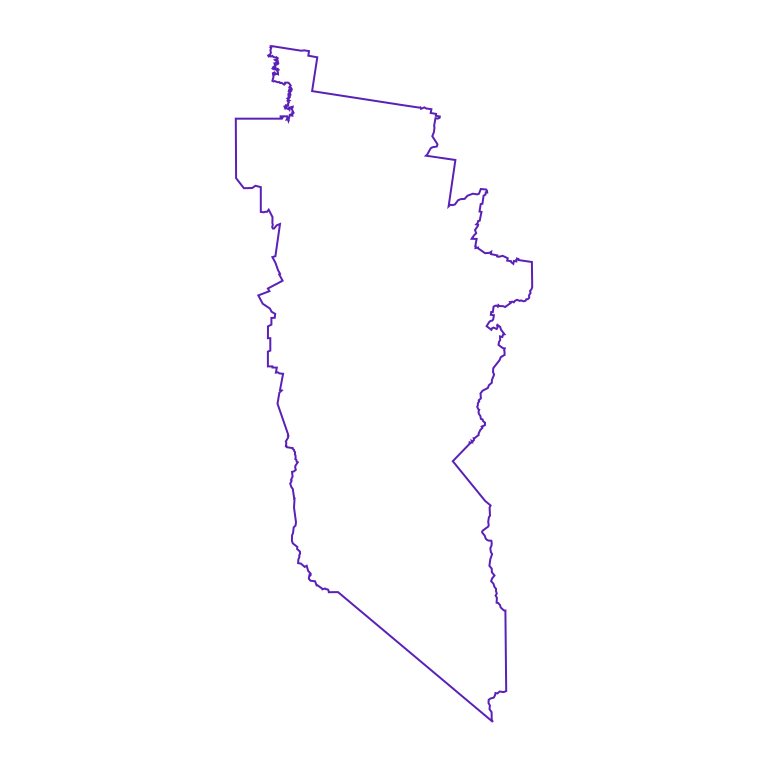 Wangaratta, Victoria, Australia
{"feature_id": "25037944B46502413321481", "entity_name": "Wangaratta", "entity_type": "district", "adm_level": 2, "iso_a3": "AUS", "parent_name": "Australia", "parent_adm1": "Victoria", "projection": "natural_earth1", "projection_center": [146.471, -36.616], "detail": "fine", "context": "isolated", "style": "outline", "palette": "violet", "viewbox_px": 768, "rotation_deg": 0, "n_neighbors": 0, "source": "geoboundaries", "source_scale": "gbopen_adm2", "svg_char_len": 6031}
<svg xmlns="http://www.w3.org/2000/svg" viewBox="0 0 768 768"><path d="M532.2,287.1L531.9,262.0L518.7,260.1L518.6,259.1L517.1,258.6L517.2,259.4L516.2,259.9L516.3,261.4L513.9,261.0L513.3,263.8L511.2,262.1L511.0,261.2L507.2,260.6L507.7,258.2L502.6,255.8L499.0,256.8L497.1,256.4L497.3,255.4L490.9,254.1L491.2,251.8L489.7,252.8L485.1,253.2L477.9,248.2L478.0,247.6L475.5,248.1L475.7,246.2L475.3,246.1L476.6,238.9L471.7,238.8L472.1,238.0L472.9,237.9L472.8,237.1L474.0,235.4L476.2,233.2L475.0,230.0L477.8,226.1L478.1,224.8L476.3,224.4L477.7,222.9L478.2,221.0L479.7,220.7L481.5,211.9L479.5,211.5L480.7,204.1L482.4,203.8L483.6,195.6L485.4,194.7L485.8,192.3L487.2,192.5L487.0,190.8L486.2,189.5L480.8,189.0L479.0,193.7L477.2,194.4L472.9,193.7L467.5,195.7L464.6,198.9L460.9,199.1L458.1,200.2L454.9,204.5L452.4,205.1L450.3,204.8L448.6,206.4L455.4,160.0L426.0,155.7L427.2,154.6L430.7,148.3L432.3,147.3L436.8,146.5L437.5,144.3L432.3,136.2L433.9,132.1L434.5,127.7L434.1,125.9L435.5,118.2L437.8,118.6L439.6,117.8L439.8,116.5L435.8,115.8L436.1,113.9L430.7,113.0L431.4,109.2L426.3,108.5L424.4,107.4L421.0,108.8L420.4,107.3L419.2,107.6L401.8,105.0L312.1,91.1L317.3,57.3L308.3,55.7L309.0,51.1L304.4,50.4L301.0,50.7L271.8,46.1L271.1,46.1L271.5,46.7L270.5,47.3L271.2,47.9L270.4,50.1L270.9,52.9L269.9,54.6L268.2,55.5L268.8,56.5L270.3,55.7L271.0,56.5L272.4,55.9L273.3,56.9L275.6,57.6L276.4,57.2L277.7,58.2L276.6,59.7L275.1,60.0L276.7,61.3L277.5,60.1L278.3,63.4L277.7,64.1L276.2,62.9L275.1,63.2L276.4,64.0L276.2,64.7L274.8,64.7L275.4,66.8L273.5,66.8L272.5,68.5L273.0,68.8L273.1,68.1L274.2,68.1L274.8,69.2L275.7,68.6L276.1,69.5L277.7,68.8L278.5,69.7L276.8,70.3L277.9,71.9L278.0,74.2L277.0,73.7L275.0,74.5L275.4,73.5L274.5,72.4L272.9,73.2L273.5,76.8L272.4,80.9L273.6,81.5L274.8,81.1L277.5,82.2L279.5,82.1L280.1,83.0L281.8,82.9L284.2,84.6L284.8,84.2L285.1,82.7L288.0,82.6L289.1,83.3L290.7,85.6L289.5,87.1L290.8,87.6L291.8,89.2L291.3,90.6L289.4,89.3L288.7,91.2L290.2,92.0L290.0,93.4L290.5,94.8L290.0,95.1L288.8,93.5L288.4,94.0L288.5,95.8L289.5,95.4L289.9,97.0L287.6,98.4L288.7,99.0L287.8,100.3L289.2,100.7L288.0,101.5L288.8,102.4L288.0,103.8L288.2,105.1L286.8,106.3L286.8,105.4L286.1,105.2L286.0,106.2L284.5,106.5L285.3,108.6L286.8,108.2L288.2,109.1L288.9,107.9L289.6,109.3L290.0,107.5L292.7,106.7L292.6,107.6L291.5,108.4L293.4,112.5L292.5,112.6L293.0,113.4L292.7,113.7L291.1,114.3L292.4,115.2L292.4,115.7L289.7,115.1L288.9,118.5L288.2,119.0L288.8,120.2L288.5,121.0L288.0,119.5L286.7,119.6L287.3,118.5L287.1,116.3L280.6,116.3L280.6,117.8L282.4,117.9L281.9,118.7L235.8,118.7L236.1,178.2L243.9,188.2L252.2,188.0L255.4,185.8L260.8,187.1L260.8,211.9L264.0,212.3L265.0,211.8L267.1,211.8L268.7,209.7L272.5,217.1L272.4,223.1L272.8,224.9L272.2,227.1L272.9,228.5L274.1,228.5L276.7,225.3L280.0,224.0L275.4,256.2L272.4,257.1L275.4,262.7L278.1,270.3L280.1,273.9L279.2,274.4L282.6,280.7L267.9,288.5L269.4,291.2L258.3,295.4L262.7,303.7L270.0,308.6L271.5,311.7L275.2,313.9L274.7,317.8L271.4,317.9L271.4,324.6L268.0,326.4L267.9,338.2L270.3,338.2L270.3,350.6L267.9,351.6L267.9,366.4L272.4,366.4L272.4,367.5L276.8,367.6L275.9,372.6L277.8,372.3L279.4,373.4L283.1,373.8L280.0,390.1L281.7,390.5L279.4,392.6L277.5,403.7L288.1,434.4L287.9,435.7L288.4,435.9L288.0,437.8L285.8,441.5L286.3,442.6L285.9,446.1L286.5,446.0L286.8,447.2L292.7,448.1L292.7,448.8L294.0,449.9L294.3,451.3L295.1,452.2L294.9,454.5L295.5,455.4L295.6,457.9L295.3,459.0L296.3,459.8L296.7,461.7L297.8,462.3L295.4,465.7L295.2,467.6L295.8,469.8L293.9,471.4L292.0,471.9L292.6,476.5L291.0,480.0L291.5,480.4L291.4,481.5L290.2,483.5L291.3,486.9L292.8,489.0L294.1,497.9L294.6,498.3L294.1,499.1L294.5,499.9L294.0,507.5L296.0,522.3L295.5,525.6L293.7,527.4L293.0,533.2L292.1,535.1L291.9,540.6L292.8,543.4L297.3,546.9L297.1,549.0L299.9,551.5L300.1,553.5L299.3,555.1L299.4,556.9L298.4,559.4L298.1,563.1L300.9,563.6L304.7,566.9L306.7,565.8L308.1,570.8L310.7,573.7L310.6,574.9L309.7,574.8L309.9,575.7L309.3,575.8L308.9,578.1L308.9,578.8L310.5,580.7L315.1,581.3L316.5,585.2L316.9,584.9L321.9,588.4L322.4,589.3L325.0,588.5L326.0,589.2L327.7,589.4L328.5,590.4L328.8,592.2L338.0,592.1L492.8,721.9L491.7,719.5L491.6,712.2L489.5,709.1L489.9,705.5L488.5,703.0L488.7,699.8L490.5,698.5L493.8,697.6L495.0,695.3L495.5,693.0L497.4,693.4L499.7,691.5L503.6,692.1L506.2,691.1L505.4,610.5L504.3,610.6L503.2,609.8L500.7,607.5L500.0,605.1L498.3,603.1L496.6,602.7L496.9,597.8L495.6,595.5L496.8,593.6L496.0,591.1L496.1,588.9L494.4,586.8L493.5,583.8L491.1,581.1L492.2,578.3L494.5,575.5L491.9,572.3L491.7,568.6L489.4,565.8L490.3,559.2L492.1,554.1L490.9,552.1L490.3,548.2L491.5,545.7L491.7,542.6L491.3,540.7L488.5,540.6L486.9,539.8L485.8,538.7L484.7,535.6L482.2,532.6L482.2,531.4L483.0,530.4L488.3,526.5L488.7,525.0L488.2,521.8L488.9,517.3L490.0,515.6L489.6,507.5L490.6,505.5L485.1,500.9L452.8,461.2L469.4,444.0L469.6,442.5L470.5,443.1L471.1,442.5L472.2,442.5L471.7,440.8L472.8,441.3L473.3,440.9L474.0,439.9L473.7,438.2L474.6,438.2L478.7,434.9L478.6,433.6L480.3,430.0L482.4,427.8L481.7,426.6L484.9,425.2L485.0,422.7L483.2,421.2L482.5,419.3L481.1,419.1L480.8,418.5L480.4,416.1L478.8,413.6L478.5,411.8L479.2,409.8L478.5,409.5L477.2,406.8L477.8,405.6L477.9,403.1L479.2,401.5L478.7,400.3L480.9,398.4L480.5,393.4L482.6,390.7L487.8,388.0L489.0,385.1L491.8,382.8L491.9,380.0L494.1,374.6L493.0,372.0L493.3,368.1L499.6,360.1L500.8,357.1L504.6,354.9L504.5,351.1L504.1,350.3L504.8,348.4L502.8,348.1L498.5,344.9L499.0,341.9L500.2,340.0L500.0,336.4L502.3,337.0L503.1,334.5L504.5,334.3L501.0,329.7L500.2,326.9L497.4,324.8L497.1,325.4L497.6,327.4L496.7,329.0L493.6,327.6L492.1,328.2L491.4,329.8L486.6,326.2L489.2,322.0L490.6,320.9L492.3,320.6L493.2,319.4L493.9,315.2L490.8,314.8L491.2,312.0L492.8,312.2L493.6,306.6L495.4,305.7L496.7,305.7L497.8,306.6L498.3,305.1L499.3,306.0L503.3,306.2L505.1,307.0L510.7,303.0L510.1,302.0L512.6,301.7L513.8,302.3L515.0,300.8L517.0,299.8L519.8,300.9L521.0,300.4L523.6,301.3L525.6,300.7L526.3,299.3L527.7,299.2L529.2,297.8L529.1,295.2L530.6,292.9L530.0,291.0L531.3,289.6L532.2,287.1Z" fill="none" stroke="#5b21b6" stroke-width="2"/></svg>